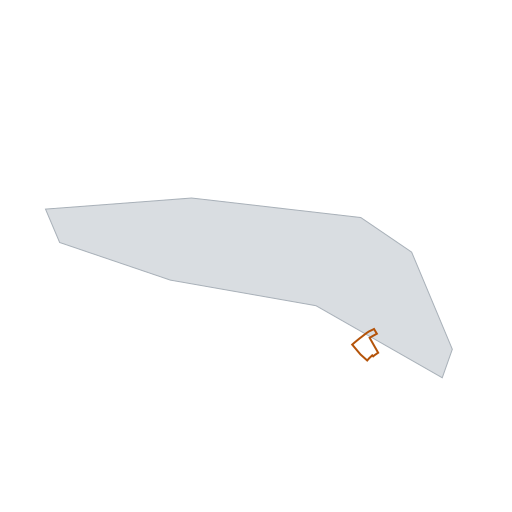 Alapi, Tuvalu (highlighted), rotated 287°
{"feature_id": "33948139B89877279250405", "entity_name": "Alapi", "entity_type": "district", "adm_level": 2, "iso_a3": "TUV", "parent_name": "Tuvalu", "parent_adm1": "", "projection": "orthographic", "projection_center": [179.197, -8.522], "detail": "fine", "context": "in_parent", "style": "outline", "palette": "amber", "viewbox_px": 512, "rotation_deg": 287, "n_neighbors": 0, "source": "geoboundaries", "source_scale": "gbopen_adm2", "svg_char_len": 610}
<svg xmlns="http://www.w3.org/2000/svg" viewBox="0 0 512 512"><g transform="rotate(287 256 256)"><path d="M305.2,403.7L224.2,471.0L194.0,469.7L226.0,327.9L207.9,181.1L211.5,64.3L239.3,41.0L292.6,177.4L323.4,345.0L305.2,403.7Z" fill="#d9dde1" stroke="#a8b0b8" stroke-width="1"/><path d="M199.4,373.9L192.4,384.7L188.6,392.9L191.3,394.1L195.0,396.2L194.3,397.4L195.7,398.3L197.1,399.4L199.2,401.1L203.8,396.2L211.0,388.6L213.2,390.6L217.0,394.3L220.7,390.2L218.8,388.2L217.0,386.2L215.0,384.5L209.5,380.6L207.4,379.1L204.1,376.9L202.3,375.7L199.4,373.9Z" fill="none" stroke="#b45309" stroke-width="2"/></g></svg>